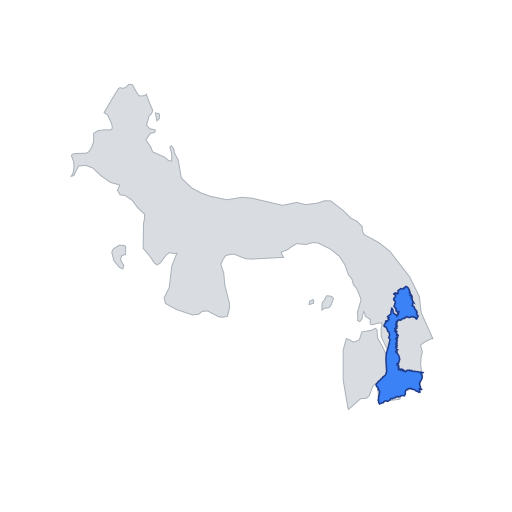 location of Pinogana, Darién, Panama, rotated 30°
{"feature_id": "35544464B85836861885504", "entity_name": "Pinogana", "entity_type": "district", "adm_level": 2, "iso_a3": "PAN", "parent_name": "Panama", "parent_adm1": "Darién", "projection": "albers", "projection_center": [-77.802, 8.304], "detail": "fine", "context": "in_parent", "style": "filled", "palette": "blue", "viewbox_px": 512, "rotation_deg": 30, "n_neighbors": 0, "source": "geoboundaries", "source_scale": "gbopen_adm2", "svg_char_len": 9071}
<svg xmlns="http://www.w3.org/2000/svg" viewBox="0 0 512 512"><g transform="rotate(30 256 256)"><path d="M450.5,239.2L449.1,240.2L445.2,245.9L443.0,250.8L448.1,255.9L449.7,261.4L452.6,267.3L457.1,273.3L462.1,284.3L463.3,288.8L461.9,291.7L457.1,293.4L452.6,298.6L451.4,305.0L452.2,308.1L438.8,318.2L435.3,319.9L433.0,318.3L430.2,313.3L426.7,309.2L424.9,307.7L423.8,307.7L422.8,308.6L422.3,310.8L424.0,320.3L422.6,324.2L418.0,327.1L412.8,342.6L410.7,340.6L393.5,319.8L378.6,294.0L375.5,282.4L379.4,281.7L383.1,282.0L385.1,280.2L387.4,276.8L385.6,268.9L392.8,262.9L395.6,258.9L397.6,259.4L402.3,266.2L409.2,270.2L417.6,275.9L422.8,277.2L416.2,271.2L404.8,263.3L401.6,258.1L398.6,250.9L394.1,254.0L392.1,256.6L389.7,258.1L387.7,256.3L387.4,254.0L380.7,253.5L378.9,251.4L377.1,250.2L378.0,254.7L379.3,257.5L378.6,260.9L376.4,261.1L374.5,257.6L372.1,254.5L368.9,241.3L361.3,235.1L357.8,233.1L354.9,232.3L350.7,228.1L345.1,225.8L337.5,219.2L328.1,214.5L316.6,212.8L302.7,213.8L298.0,216.4L294.8,219.7L293.3,221.2L285.1,224.9L282.0,230.4L280.0,235.0L275.8,240.2L280.5,243.4L253.5,261.0L248.2,263.6L236.1,265.3L233.3,267.2L229.6,270.7L229.1,276.1L229.6,280.6L233.1,284.1L236.2,286.4L243.7,297.0L256.9,310.5L259.4,315.3L261.4,322.6L257.4,325.9L254.2,327.3L241.6,327.8L237.2,330.7L235.4,335.1L230.6,338.7L214.2,342.1L201.4,342.4L197.4,338.3L196.6,326.6L188.1,306.8L186.1,293.1L184.0,294.8L179.4,296.3L177.8,299.7L176.6,309.8L174.8,313.2L171.3,312.8L164.1,309.2L154.5,305.8L142.4,284.3L141.1,280.3L138.7,275.5L129.3,273.4L121.2,269.7L112.4,269.0L107.8,271.0L103.2,268.4L102.5,262.6L93.2,265.1L81.3,264.0L70.7,261.4L63.4,262.6L57.3,266.7L58.0,277.3L56.2,279.4L56.0,275.1L53.9,270.0L51.4,265.9L46.1,261.5L45.9,259.9L48.0,257.8L57.8,251.7L59.1,249.1L59.3,243.7L58.4,238.6L54.1,230.9L56.7,226.2L61.8,222.5L66.9,219.6L67.8,218.4L66.9,215.8L63.9,212.9L57.0,208.1L52.8,207.8L52.8,194.1L53.2,179.6L54.2,178.2L56.8,177.4L58.9,175.2L60.1,170.9L63.2,169.4L68.7,172.8L74.3,175.8L76.7,174.8L78.5,173.4L79.7,172.1L80.1,170.7L84.6,174.6L93.8,181.6L94.3,185.0L93.4,188.2L95.8,197.5L100.6,198.9L105.4,197.1L106.6,198.9L105.7,200.6L103.2,202.5L102.5,210.4L110.4,214.2L114.3,217.5L127.4,216.1L132.3,217.1L135.6,216.1L132.0,209.7L127.1,204.9L127.5,202.8L131.2,204.4L134.1,207.7L140.5,211.7L152.2,225.7L165.9,229.2L176.7,228.9L186.7,227.1L202.8,221.8L214.5,212.2L223.8,207.9L253.8,198.8L264.5,189.2L269.0,187.9L273.3,186.7L282.8,179.5L287.9,173.8L293.2,170.9L309.0,173.1L319.3,175.8L326.4,175.5L333.2,177.4L336.2,181.6L339.2,183.4L356.0,183.0L369.7,185.0L399.8,197.4L417.8,209.5L427.4,222.5L450.5,239.2ZM147.1,333.8L143.2,334.1L135.1,331.0L129.3,324.9L128.9,322.9L129.0,321.0L132.3,314.9L136.6,312.8L138.3,312.8L142.3,320.0L139.5,322.7L140.6,327.1L146.4,330.4L147.1,333.8ZM341.4,266.9L340.0,269.9L336.6,263.1L337.2,261.3L337.0,255.2L340.2,253.6L342.5,253.4L344.4,254.3L345.6,261.6L344.6,264.8L341.4,266.9ZM103.5,185.2L102.7,188.5L97.3,182.4L100.5,181.4L101.7,181.6L103.5,185.2ZM329.4,268.3L326.2,271.5L325.0,268.4L327.2,265.3L328.0,265.3L329.4,268.3Z" fill="#d9dde1" stroke="#a8b0b8" stroke-width="1"/><path d="M426.6,230.3L426.7,229.2L426.4,228.8L426.5,228.2L426.3,227.9L426.6,227.2L425.5,226.3L424.6,226.4L423.8,225.9L423.6,225.3L423.9,224.7L423.8,224.3L423.5,224.2L422.9,223.5L422.2,223.4L422.3,223.2L422.0,223.0L421.5,223.1L419.9,222.2L419.4,222.2L419.1,221.9L419.1,221.6L418.3,220.9L417.1,221.2L416.7,220.6L416.3,220.6L416.5,220.4L416.3,220.1L416.0,220.1L415.5,218.6L415.2,218.6L415.2,218.2L414.8,217.8L415.0,217.5L415.8,217.5L413.5,216.2L413.3,215.8L413.1,215.9L412.7,215.0L412.2,214.6L411.9,214.5L411.4,214.7L411.3,214.3L411.8,213.7L411.6,213.2L411.1,213.0L410.6,213.1L410.7,212.7L409.5,212.8L409.7,212.6L409.8,212.0L407.9,211.3L408.0,211.0L407.9,210.8L407.7,210.6L407.3,210.8L407.3,210.5L406.9,210.4L406.6,210.1L406.7,209.7L406.2,209.5L406.1,209.0L405.2,208.4L404.7,208.4L404.1,207.7L402.6,207.3L401.7,207.3L401.3,207.2L401.0,207.4L400.6,208.5L400.6,209.0L400.0,209.6L400.5,210.3L399.8,211.0L399.1,211.4L398.1,211.5L397.4,212.1L397.2,213.5L396.7,213.9L396.2,214.9L397.1,216.0L397.1,216.6L397.7,217.2L397.7,217.5L397.4,217.6L397.4,217.9L396.9,218.6L396.3,218.5L396.1,218.0L395.5,217.9L394.2,219.6L394.6,220.2L395.4,220.0L396.5,220.5L396.9,221.5L397.3,221.7L396.6,223.1L396.6,224.4L396.9,224.6L397.6,224.7L397.7,225.4L399.1,225.6L399.9,226.3L400.2,227.5L400.0,227.9L400.7,229.1L400.5,229.5L400.6,230.6L401.2,230.7L402.1,231.3L403.1,231.2L403.4,231.5L403.9,231.5L404.2,231.9L404.1,232.9L405.3,233.8L405.6,233.7L406.6,234.0L406.8,233.3L407.5,234.1L407.8,233.4L408.0,234.1L407.6,234.8L407.8,235.0L408.1,235.0L408.1,235.3L408.4,235.6L408.2,235.9L407.8,235.7L407.7,236.3L407.9,236.2L408.1,236.4L407.8,236.8L407.7,236.5L407.4,236.8L408.1,237.0L408.1,236.9L408.0,237.5L407.8,237.2L407.3,237.2L406.5,236.9L404.0,236.8L403.1,236.3L401.8,234.5L400.9,233.7L400.0,233.4L399.6,233.5L400.2,234.4L400.4,235.8L401.8,239.0L401.0,240.5L400.3,242.8L401.8,242.9L401.5,243.8L402.3,243.8L403.0,244.5L402.3,245.6L402.6,246.1L402.2,247.3L401.9,247.0L401.3,246.9L400.9,247.3L401.0,248.0L401.6,249.0L401.4,249.6L401.7,250.2L401.4,250.9L401.5,252.0L401.8,252.5L402.7,253.0L404.1,252.4L407.3,254.8L407.7,255.4L409.3,255.4L410.1,256.6L411.1,257.2L411.8,260.4L413.8,261.2L416.2,269.2L417.7,275.5L420.1,280.4L427.0,290.9L427.1,292.1L427.6,293.7L427.6,294.8L426.3,297.4L426.6,297.9L425.7,300.0L425.5,302.1L424.6,303.3L424.8,304.1L424.0,306.6L424.2,307.3L425.2,308.0L425.5,308.7L427.2,308.9L428.5,309.8L428.5,310.5L429.0,310.5L430.9,311.6L432.2,315.0L432.4,316.2L433.7,318.4L433.7,319.7L434.6,320.3L434.8,320.3L435.4,321.5L437.1,322.4L437.4,321.7L438.0,321.1L439.1,319.7L439.7,319.3L439.7,317.9L440.6,316.6L441.8,316.1L442.5,316.2L442.9,315.8L444.1,313.2L443.9,312.1L445.6,311.4L446.1,310.1L447.3,309.2L448.5,307.0L448.8,306.8L449.8,307.0L451.1,305.4L451.4,304.7L452.6,303.6L454.5,302.8L454.3,300.9L452.9,298.2L452.9,297.9L453.3,296.5L454.6,294.4L456.2,293.2L457.7,293.4L460.1,292.5L462.4,292.9L463.4,292.4L465.1,292.7L465.4,292.2L466.0,292.1L466.1,291.8L464.0,289.7L463.8,289.2L464.0,289.0L465.7,289.1L466.1,288.8L464.4,288.0L463.6,286.9L462.3,286.0L461.2,284.5L461.0,283.6L461.2,281.7L461.0,280.9L461.1,279.5L460.6,277.8L459.6,276.3L458.0,275.7L457.7,275.5L457.9,274.7L458.8,274.0L458.9,273.4L450.4,276.8L449.6,277.6L449.0,277.5L447.7,278.0L447.7,277.6L446.8,278.3L446.6,278.1L445.9,278.1L445.8,278.4L444.0,279.4L443.8,279.8L444.0,279.9L443.9,280.7L443.4,281.1L443.3,281.5L442.4,281.6L442.2,281.2L441.3,281.1L440.9,281.2L440.8,282.0L440.3,281.7L440.2,281.3L440.4,281.3L440.3,281.0L439.8,281.0L439.7,281.3L439.2,281.5L439.1,281.3L439.3,281.2L439.0,281.1L438.9,281.9L438.6,281.9L438.6,281.4L438.4,281.4L437.9,281.7L438.1,281.9L438.0,282.4L437.5,282.3L437.8,282.6L437.4,282.6L437.3,282.2L436.9,282.4L437.0,282.6L436.6,283.1L436.1,282.7L436.3,282.5L436.0,282.6L436.1,282.3L435.5,281.6L434.8,281.3L434.9,281.0L435.2,281.3L435.4,281.2L435.3,280.7L434.7,280.5L434.6,280.0L434.4,279.6L433.8,279.4L433.1,279.8L433.1,279.2L432.6,279.1L432.5,278.8L432.2,278.9L432.2,278.3L433.1,278.0L433.2,277.8L433.1,277.6L432.6,277.8L432.9,277.0L432.1,273.5L429.6,271.0L426.3,269.2L425.7,269.4L424.8,269.2L424.8,268.3L425.3,268.5L425.8,268.3L425.5,267.9L425.2,268.1L425.1,267.4L425.6,266.4L424.1,266.4L423.6,265.9L423.6,265.1L423.1,265.3L423.3,264.6L422.7,264.2L422.7,264.6L422.3,264.3L422.5,263.8L423.2,264.1L423.2,263.4L422.8,263.6L421.9,263.1L421.9,262.1L422.2,261.8L422.0,261.5L421.6,261.7L421.3,261.3L421.0,261.6L421.0,261.2L420.7,260.5L421.2,260.6L421.3,260.4L421.0,260.2L420.4,259.2L420.7,259.0L420.7,258.6L420.4,258.5L420.1,258.7L419.7,257.3L419.5,258.2L419.1,258.3L418.6,257.9L419.2,257.6L419.2,257.2L418.5,257.4L418.4,256.7L419.4,256.5L419.6,256.1L419.1,255.6L419.1,255.2L418.8,254.5L418.2,254.5L418.4,254.2L418.5,254.3L418.9,254.2L418.9,253.7L418.0,253.3L417.4,253.9L417.2,253.0L416.5,252.9L415.9,253.0L416.3,252.7L415.4,252.2L415.5,252.0L415.8,252.1L415.9,251.4L415.8,250.9L415.3,250.9L415.3,251.2L415.0,251.0L414.3,251.4L414.5,250.9L414.1,251.0L413.7,250.7L414.1,250.5L413.9,249.9L413.5,250.1L413.5,249.6L413.3,249.5L413.0,249.9L413.1,249.6L412.5,249.4L412.7,248.9L412.9,249.3L413.5,249.3L413.5,249.1L413.1,249.0L413.0,248.5L413.4,248.6L413.5,248.4L413.7,248.5L414.0,248.0L413.4,247.9L413.2,247.6L413.5,246.7L413.3,246.5L413.3,246.0L413.1,246.0L413.2,246.4L412.5,246.7L412.4,246.5L412.7,246.2L412.3,246.5L412.1,246.3L412.1,246.1L412.4,246.1L412.3,245.6L411.6,245.5L411.9,245.1L411.6,245.0L411.7,244.8L411.3,244.4L411.7,244.4L411.6,244.2L411.6,243.6L411.0,243.3L410.9,243.0L411.1,243.0L411.2,242.8L411.0,242.4L410.7,242.4L411.1,241.9L410.8,241.8L410.8,241.2L411.3,240.6L411.4,239.9L412.9,239.7L412.9,239.3L413.8,238.7L413.8,238.0L414.2,237.1L414.6,236.7L415.2,236.4L415.2,236.1L415.5,236.0L415.5,235.7L416.1,235.4L416.1,234.6L416.5,234.1L416.4,233.6L416.7,233.2L417.0,233.3L417.6,232.9L418.3,232.9L418.5,233.1L419.2,232.6L419.9,232.5L420.3,232.0L420.7,231.1L421.9,230.1L422.5,230.4L422.5,230.1L423.6,229.7L423.9,229.8L424.4,229.5L425.2,229.8L425.5,230.4L426.0,230.2L426.6,230.3Z" fill="#3b82f6" stroke="#1e3a8a" stroke-width="1.5"/></g></svg>